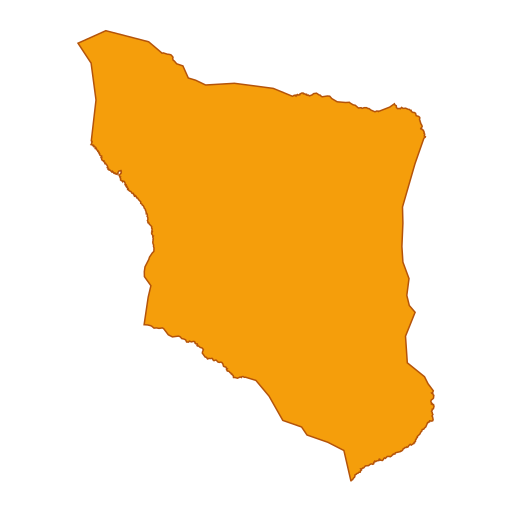 Batshireet, Hentiy, Mongolia (Albers equal-area conic projection)
{"feature_id": "93677404B78504825673469", "entity_name": "Batshireet", "entity_type": "district", "adm_level": 2, "iso_a3": "MNG", "parent_name": "Mongolia", "parent_adm1": "Hentiy", "projection": "albers", "projection_center": [109.766, 48.797], "detail": "fine", "context": "isolated", "style": "filled", "palette": "amber", "viewbox_px": 512, "rotation_deg": 0, "n_neighbors": 0, "source": "geoboundaries", "source_scale": "gbopen_adm2", "svg_char_len": 6048}
<svg xmlns="http://www.w3.org/2000/svg" viewBox="0 0 512 512"><path d="M394.4,103.8L389.7,107.1L378.4,111.5L378.2,111.1L376.3,111.1L375.7,111.6L374.7,111.7L371.0,110.1L368.9,108.5L368.1,108.6L366.6,107.7L364.1,107.7L362.1,108.4L361.1,107.7L358.4,108.0L355.3,105.3L353.1,104.8L350.1,103.0L349.4,102.3L345.6,102.5L337.2,101.8L331.8,98.6L329.7,96.2L327.4,96.0L322.1,96.8L320.8,95.9L320.3,95.2L319.2,95.0L316.5,93.2L313.7,93.6L311.9,95.0L309.4,95.9L308.5,95.1L308.0,95.4L306.9,95.2L306.9,94.5L306.6,94.2L305.5,94.5L304.9,93.9L303.5,93.8L303.6,93.3L303.3,93.1L301.9,93.0L299.9,94.0L299.9,94.7L298.6,95.0L297.4,94.5L296.8,95.4L296.5,95.0L294.7,95.3L294.9,95.6L294.2,95.3L292.5,96.3L273.3,88.4L254.5,85.9L234.4,83.3L205.6,85.0L195.6,80.2L188.3,78.0L182.9,65.9L176.7,63.8L174.4,61.1L173.1,60.1L172.7,58.6L173.0,57.6L172.7,56.7L170.9,54.8L168.9,54.3L167.7,54.3L163.3,52.9L162.1,53.2L148.7,41.8L105.8,30.7L78.0,43.2L91.1,63.1L96.0,100.0L91.3,140.8L92.0,141.3L91.8,141.6L92.0,142.1L91.5,143.2L91.6,144.0L91.1,144.6L93.3,145.2L93.1,145.7L93.7,145.8L93.8,146.4L94.3,146.4L94.3,146.9L94.9,146.9L95.8,147.5L95.3,148.5L96.4,148.7L96.5,149.7L97.8,150.5L98.0,150.8L97.7,151.0L97.8,151.5L99.1,152.3L98.8,152.9L99.6,153.6L99.4,153.9L99.9,155.1L101.0,156.0L101.6,156.0L101.6,157.0L101.1,157.6L101.8,157.9L101.5,158.8L101.9,159.9L102.7,160.6L103.9,160.8L103.7,161.6L104.8,162.3L104.9,163.6L105.7,163.5L106.1,164.4L107.1,165.3L107.7,166.9L107.4,167.4L107.8,167.4L108.0,168.1L107.9,168.8L108.5,168.8L108.4,169.6L109.2,170.1L109.7,169.8L111.6,171.7L112.4,171.2L112.7,171.7L112.5,172.1L113.3,172.1L113.8,173.1L114.2,173.0L114.4,173.4L115.0,173.0L116.0,173.7L116.0,174.1L116.4,174.1L118.0,173.4L117.9,172.5L119.0,171.0L121.0,170.5L121.3,171.2L121.0,171.8L121.3,172.4L121.0,173.5L120.5,173.6L119.9,174.7L119.2,174.9L119.6,175.0L119.4,175.7L119.7,176.8L120.5,176.9L120.2,177.9L120.7,178.8L120.5,179.9L121.4,180.7L122.1,180.8L122.7,181.7L122.9,181.1L124.4,181.5L125.2,183.4L125.0,184.6L126.0,184.7L125.8,185.4L126.5,185.9L126.1,186.5L126.7,187.2L127.4,187.1L127.6,189.3L128.3,188.9L128.6,190.1L129.5,191.0L130.9,191.5L131.8,193.1L133.4,193.4L133.5,194.6L134.4,195.5L134.5,196.3L134.8,196.3L135.0,195.4L136.2,196.4L136.7,197.9L137.6,198.0L138.6,199.7L140.7,201.8L140.7,203.3L141.9,204.1L142.3,205.1L143.2,205.6L144.1,207.3L144.1,207.9L145.4,209.4L145.4,210.2L146.0,211.2L146.0,212.1L146.4,212.7L146.2,213.8L147.2,214.0L147.4,215.6L147.1,216.4L147.8,217.3L147.9,219.6L147.4,220.5L148.0,221.9L147.9,222.7L148.9,223.0L149.0,223.7L151.7,226.6L151.6,228.1L152.2,228.9L151.9,230.4L152.1,231.0L151.8,231.7L152.3,231.7L151.6,233.7L152.7,235.3L152.8,236.3L153.2,236.3L152.8,237.0L153.3,238.9L153.0,239.3L153.1,240.1L152.8,242.1L153.0,243.6L153.6,245.0L153.5,246.5L154.0,247.8L153.9,250.9L153.8,251.5L152.4,252.8L149.5,257.1L148.8,259.4L145.0,266.8L144.3,271.6L144.4,276.6L150.9,285.7L148.2,297.1L144.1,324.7L147.4,324.9L150.4,325.6L151.6,326.1L154.0,328.1L156.5,327.9L159.0,328.4L162.4,327.9L163.7,328.7L168.3,334.8L172.4,336.9L178.5,336.1L180.1,336.7L181.8,338.6L183.5,338.9L185.6,339.8L186.6,342.0L188.6,342.1L189.4,341.1L191.3,341.9L193.5,341.4L194.5,341.6L195.1,342.3L194.9,342.9L195.8,343.8L197.3,343.9L197.5,344.4L197.0,345.4L197.4,346.0L198.4,345.9L200.3,347.5L201.8,347.8L202.9,348.8L202.9,349.2L203.4,349.7L202.5,351.8L202.3,353.1L205.1,357.0L206.6,357.4L207.2,358.6L207.7,359.0L208.8,358.4L211.0,358.6L211.9,358.3L212.5,358.6L213.0,359.9L214.0,360.7L215.4,360.1L216.3,360.2L217.9,362.0L219.3,362.4L220.7,362.1L221.8,362.4L222.9,364.0L223.5,366.2L224.3,366.7L225.8,367.0L226.5,368.2L227.1,368.6L226.5,368.9L226.5,369.4L226.9,369.4L226.8,370.1L227.5,370.6L227.4,371.0L229.2,371.5L230.0,372.6L230.9,373.1L231.1,373.8L231.8,373.9L231.9,374.5L233.2,375.5L233.5,377.5L235.0,377.5L237.5,378.2L240.2,377.0L241.4,377.5L241.8,376.7L243.0,376.5L244.3,377.3L245.5,377.2L255.9,380.4L269.1,396.2L282.8,420.4L301.6,427.0L307.0,435.0L327.9,442.3L343.9,450.5L351.0,481.3L351.3,480.0L352.5,479.8L353.6,478.0L354.5,477.3L354.9,476.2L354.9,475.0L356.2,474.3L356.6,473.6L357.9,473.3L358.8,472.3L360.2,472.2L360.4,471.8L360.5,470.7L361.4,470.1L360.7,468.9L362.0,468.8L362.8,467.9L363.6,468.0L365.4,465.9L368.6,465.6L370.3,464.2L371.9,463.9L372.7,464.3L373.6,463.9L373.8,463.5L373.7,462.3L374.8,461.9L374.9,461.1L375.9,461.5L376.7,460.9L379.1,460.5L379.4,460.2L379.0,459.4L379.2,459.1L379.7,459.1L380.5,460.2L382.4,460.5L383.5,459.4L383.7,458.6L384.5,457.9L385.4,458.4L387.2,456.5L389.5,456.4L390.1,456.8L391.5,456.0L392.8,454.5L393.2,454.5L393.4,454.0L394.9,454.1L395.4,452.8L400.4,451.6L400.9,451.0L401.5,451.1L402.7,450.0L403.3,448.7L403.9,448.6L405.0,447.5L406.0,447.6L406.7,446.9L407.3,447.2L408.3,446.7L408.6,445.8L410.2,444.3L411.2,445.1L413.3,443.7L413.8,443.6L414.0,442.6L414.6,442.7L414.9,441.7L415.5,441.3L415.5,439.9L416.2,439.2L416.4,438.3L417.4,437.4L417.2,436.6L419.9,434.0L420.7,432.2L421.8,431.1L422.2,429.5L423.7,429.2L424.5,428.0L425.8,426.9L427.6,422.6L428.2,422.6L428.5,422.0L429.5,421.9L429.7,420.8L431.5,421.1L432.7,420.8L433.1,419.7L432.6,416.9L432.0,416.0L432.9,414.4L432.2,413.2L432.2,412.3L431.5,411.3L432.3,409.9L432.2,409.2L433.4,408.8L434.0,406.4L433.5,404.5L432.6,404.6L432.2,403.6L431.5,403.9L431.4,402.6L430.8,401.5L431.3,400.0L432.8,398.9L433.5,398.0L433.8,395.3L433.2,394.9L432.7,393.1L431.8,393.3L431.6,393.0L432.6,392.7L433.3,390.8L428.0,383.7L424.5,376.7L407.3,362.8L405.5,336.2L415.1,312.3L409.3,305.5L406.8,295.4L409.0,278.6L402.9,262.1L401.9,246.5L402.9,223.2L402.5,207.0L415.0,163.7L423.9,138.2L425.2,137.2L425.4,136.7L424.3,136.0L424.7,134.1L424.0,133.3L424.2,132.1L423.7,131.5L423.4,130.2L422.4,129.9L421.8,128.9L420.7,128.8L420.7,128.4L421.6,127.7L422.2,126.3L421.3,124.2L420.7,123.7L420.5,122.2L420.1,121.6L420.0,120.6L419.5,119.8L419.8,117.9L419.7,117.4L418.6,116.4L416.2,115.7L415.5,113.2L414.0,112.4L413.0,112.5L411.4,111.5L411.1,110.3L410.4,110.4L409.3,109.4L408.3,109.4L405.7,108.2L403.0,108.4L401.6,107.4L400.2,108.8L399.3,108.4L397.7,108.7L396.4,107.5L396.3,105.8L394.7,104.7L394.4,103.8Z" fill="#f59e0b" stroke="#b45309" stroke-width="1.5"/></svg>